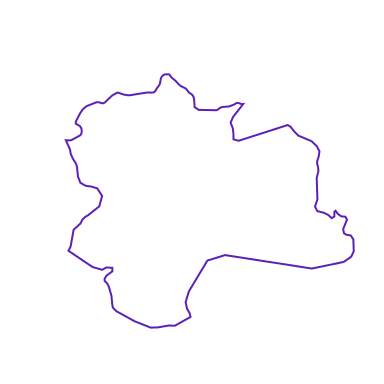 the Province of North Khorasan, rotated 340°
{"feature_id": "IRN-3246", "entity_name": "North Khorasan", "entity_type": "Province", "adm_level": 1, "iso_a3": "IRN", "parent_name": "Iran", "parent_adm1": "", "projection": "albers", "projection_center": [57.06, 37.45], "detail": "fine", "context": "isolated", "style": "outline", "palette": "violet", "viewbox_px": 384, "rotation_deg": 340, "n_neighbors": 0, "source": "natural_earth", "source_scale": "10m", "svg_char_len": 1933}
<svg xmlns="http://www.w3.org/2000/svg" viewBox="0 0 384 384"><g transform="rotate(340 192 192)"><path d="M206.1,72.2L207.3,72.4L209.8,73.2L211.0,74.0L211.3,75.0L211.4,76.0L211.9,77.3L214.5,81.8L216.6,86.8L217.9,88.8L221.7,92.8L223.0,97.2L225.4,100.6L226.0,103.2L225.7,105.6L223.5,113.2L226.4,117.1L242.9,123.5L244.7,123.3L246.4,122.7L248.4,122.4L250.3,122.7L256.1,124.3L261.7,124.2L263.4,123.7L265.1,123.7L266.7,124.7L268.1,125.9L269.6,126.8L270.1,126.9L256.3,135.5L252.0,140.0L252.1,146.3L250.8,151.6L249.0,156.7L253.3,159.8L304.8,161.8L307.0,164.5L308.5,169.4L311.2,175.4L321.7,185.1L324.9,191.5L325.7,197.3L323.2,202.0L320.2,205.8L319.2,208.3L319.1,211.2L318.0,215.5L314.0,221.4L307.3,241.9L302.6,247.8L303.2,252.8L308.9,256.7L312.2,260.2L314.3,264.3L317.4,263.7L319.0,259.3L320.5,258.7L321.5,262.4L323.9,265.9L327.7,267.7L328.2,271.0L321.4,278.5L320.7,282.6L322.3,284.8L326.4,287.3L327.4,291.8L323.7,303.1L319.4,307.3L310.6,309.6L278.4,304.9L201.5,262.6L183.0,261.7L155.1,284.3L148.4,293.2L147.4,299.8L148.3,304.9L147.9,308.9L130.2,311.8L124.4,309.5L113.4,307.5L106.8,305.3L93.8,293.8L80.2,278.2L78.1,273.7L78.5,270.8L80.8,262.1L81.5,252.3L80.9,248.5L80.2,246.9L79.5,245.8L80.2,243.6L83.2,241.3L90.0,239.3L91.2,236.0L85.6,233.6L81.1,234.4L72.9,228.5L55.8,205.0L59.3,201.7L67.9,186.9L76.3,183.5L79.8,180.3L83.3,178.8L86.4,178.3L99.9,173.8L106.2,165.0L104.2,156.2L99.5,152.6L94.2,149.8L90.3,145.2L90.1,138.6L92.5,129.3L92.7,125.8L91.4,119.7L91.1,114.5L91.9,110.4L91.2,100.2L94.8,101.7L96.6,102.0L106.4,100.5L108.2,99.1L109.3,96.9L109.8,94.2L109.2,91.7L106.2,88.1L106.9,86.1L114.1,79.5L118.0,76.8L122.1,75.3L132.6,75.0L134.5,75.5L136.1,76.5L137.5,77.6L139.0,78.3L140.9,78.0L150.0,74.0L155.4,73.1L156.5,73.3L161.0,77.0L164.9,79.2L166.6,79.8L183.7,83.1L188.3,84.9L190.6,85.3L192.6,84.2L194.2,82.7L197.9,80.3L199.2,78.8L201.5,74.8L201.9,74.4L202.9,73.4L204.8,72.4L206.1,72.2Z" fill="none" stroke="#5b21b6" stroke-width="2"/></g></svg>